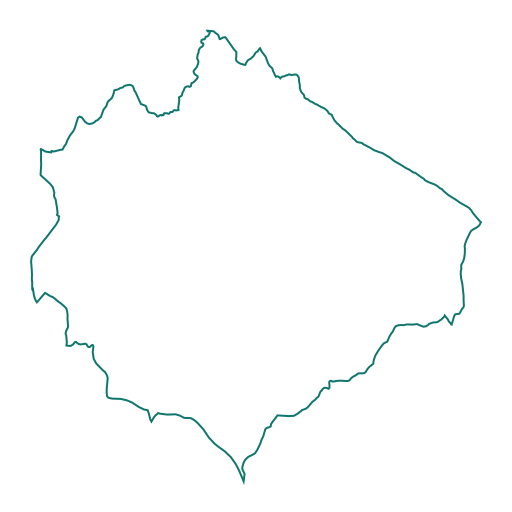 Siachoque, Boyacá, Colombia (Equal Earth projection)
{"feature_id": "7082276B99091285549459", "entity_name": "Siachoque", "entity_type": "district", "adm_level": 2, "iso_a3": "COL", "parent_name": "Colombia", "parent_adm1": "Boyacá", "projection": "equal_earth", "projection_center": [-73.22, 5.497], "detail": "fine", "context": "isolated", "style": "outline", "palette": "teal", "viewbox_px": 512, "rotation_deg": 0, "n_neighbors": 0, "source": "geoboundaries", "source_scale": "gbopen_adm2", "svg_char_len": 5891}
<svg xmlns="http://www.w3.org/2000/svg" viewBox="0 0 512 512"><path d="M40.3,148.6L40.8,149.4L41.1,152.5L41.0,160.1L41.2,164.1L40.6,174.7L40.8,175.3L50.1,183.8L52.7,187.0L53.1,188.1L54.3,192.7L54.0,195.5L54.2,196.7L55.6,199.4L56.9,207.2L57.6,212.9L57.0,214.9L59.1,216.4L58.7,217.2L58.8,219.8L56.1,224.6L45.4,238.7L45.0,238.9L38.6,247.2L36.9,249.9L32.3,255.7L31.7,256.8L31.1,261.5L31.8,270.4L32.0,275.7L31.8,278.5L32.2,283.0L32.2,289.1L32.4,289.6L33.0,289.1L33.9,295.3L34.9,298.7L35.9,300.8L36.9,302.3L45.1,292.9L50.6,296.3L52.5,296.9L54.5,298.3L58.5,301.8L60.7,303.2L65.2,307.2L66.4,308.7L67.2,311.7L67.6,315.0L67.5,319.4L68.1,326.1L67.8,327.6L66.0,331.3L65.6,333.7L66.2,335.4L66.8,341.5L66.7,343.4L66.4,345.5L69.0,345.9L70.9,345.8L73.0,344.5L74.9,342.1L76.0,341.9L77.4,343.2L79.2,344.2L80.6,344.4L85.5,343.7L86.7,344.5L87.0,345.3L88.1,346.8L88.8,347.0L89.5,347.1L90.2,346.7L91.7,345.2L92.5,345.0L92.9,345.2L93.2,345.7L93.4,346.5L92.7,352.1L93.7,358.9L96.3,363.6L103.0,370.4L104.9,371.9L106.1,373.7L107.1,375.8L107.7,378.1L106.7,388.9L106.7,393.1L107.0,396.1L108.3,397.7L112.0,398.6L120.6,398.9L126.5,400.2L131.9,402.4L138.9,407.0L144.0,409.5L147.7,410.2L148.8,413.5L150.3,419.5L151.4,421.6L154.2,416.9L155.6,415.3L157.5,413.8L158.0,413.1L160.2,413.7L167.5,414.6L175.6,414.3L179.9,415.6L183.6,417.6L184.6,417.9L190.1,418.0L191.1,418.3L192.9,419.3L195.2,420.8L197.7,423.1L203.1,429.0L208.9,437.6L214.6,443.7L218.6,446.9L225.1,451.6L230.9,457.2L235.6,463.8L239.1,470.6L243.6,481.3L244.6,474.0L242.4,469.2L242.3,467.3L243.5,463.0L245.2,459.7L248.5,456.7L252.0,455.1L255.0,453.3L257.3,449.8L260.2,443.9L261.3,440.4L263.3,436.1L265.3,429.3L266.3,428.2L267.8,427.5L269.3,427.3L270.7,426.4L271.0,424.3L272.0,422.6L277.5,415.4L288.9,416.1L294.0,415.8L298.4,413.2L299.7,411.9L300.9,411.4L301.7,410.3L306.0,408.6L307.6,407.4L312.6,401.6L313.6,401.0L315.6,399.3L316.4,398.2L318.4,396.7L320.5,391.5L321.8,390.5L322.6,388.9L324.3,387.9L326.3,387.8L328.6,388.8L329.4,387.9L329.5,384.9L329.2,382.8L329.4,381.7L330.1,380.9L331.3,380.9L332.5,381.6L334.5,381.4L336.5,380.9L341.1,380.7L347.6,381.1L349.1,380.5L350.2,379.5L351.1,378.2L353.5,376.4L354.9,375.8L358.4,373.4L364.1,373.2L365.6,372.1L367.8,368.6L369.2,367.0L373.2,363.8L373.7,360.4L375.1,356.1L375.9,354.6L378.5,350.4L381.8,345.7L383.9,343.3L387.2,341.7L388.4,339.1L389.3,336.8L391.0,333.9L392.7,331.7L394.5,327.9L396.0,326.0L398.4,325.3L401.6,325.0L403.4,325.2L407.1,324.4L412.7,324.6L417.1,324.1L419.7,325.3L423.5,326.7L426.0,326.3L427.8,325.2L428.9,323.9L433.4,322.4L435.6,322.4L437.6,322.0L441.3,319.5L444.3,316.5L444.7,315.5L448.1,319.8L448.8,321.5L449.9,322.4L451.3,324.5L451.7,324.6L451.9,323.2L452.4,322.2L454.0,316.5L454.7,315.1L455.5,314.2L459.1,313.8L459.9,313.0L461.8,309.2L463.5,307.2L463.9,305.8L463.6,300.5L463.6,295.8L462.3,283.6L461.1,278.0L460.7,273.8L460.9,270.7L461.3,269.1L461.2,265.5L461.4,264.6L463.2,261.3L464.2,258.1L464.6,255.1L464.8,253.7L464.9,248.4L464.6,246.2L465.3,243.3L466.7,239.6L470.1,232.5L471.1,230.9L473.6,229.1L476.4,227.7L478.5,226.1L479.8,224.6L480.9,222.1L480.0,221.4L477.0,218.0L472.7,212.7L471.3,210.4L468.8,207.7L460.0,202.7L456.1,199.9L448.7,195.3L444.4,191.8L442.4,189.8L442.0,189.1L440.0,188.3L437.2,185.9L434.7,184.5L428.7,182.2L425.2,180.4L423.7,178.7L421.4,177.3L415.2,172.8L413.2,172.4L409.5,169.8L406.0,168.1L399.5,164.0L394.3,161.1L389.7,157.5L382.2,153.0L379.7,152.3L374.3,150.3L370.4,147.9L363.0,144.0L362.4,143.3L360.9,142.7L358.6,142.4L356.7,141.8L354.9,139.8L352.8,138.2L352.1,137.0L345.2,130.3L342.8,128.8L337.9,123.9L336.7,123.1L335.9,121.9L334.5,120.4L332.4,116.5L331.9,114.9L328.9,113.4L327.5,111.1L326.3,109.9L324.7,108.6L321.0,106.9L316.8,104.5L314.9,103.8L311.8,101.7L310.4,101.5L307.7,99.2L305.8,98.6L304.5,97.6L304.1,95.4L303.9,94.9L301.4,92.2L300.6,90.6L299.8,87.5L299.8,84.8L299.2,82.2L298.8,77.8L298.5,76.9L296.8,74.7L294.6,74.5L291.4,75.1L289.8,74.4L288.6,74.5L287.6,75.2L286.6,75.2L284.0,76.4L282.2,76.6L281.1,77.4L280.3,78.4L279.0,77.0L277.8,76.4L276.9,76.3L276.0,76.8L274.8,74.9L273.8,72.4L273.2,71.4L272.3,68.4L269.3,65.5L268.7,64.5L267.8,62.7L265.7,56.8L261.7,51.6L260.1,48.2L259.7,48.4L257.7,51.3L255.7,52.6L253.5,56.1L250.4,58.9L248.5,59.8L247.7,60.6L245.9,63.2L245.8,63.9L245.3,64.9L244.2,64.8L240.1,63.5L237.4,61.9L236.4,60.8L236.1,60.0L236.4,52.1L233.9,49.3L225.4,37.2L223.1,37.5L220.4,39.0L219.7,39.1L218.2,34.9L215.5,33.0L214.4,31.9L213.2,31.2L207.4,30.7L207.8,31.4L209.2,31.6L209.7,32.0L209.8,32.7L209.6,33.4L208.0,36.0L207.3,36.5L205.9,36.7L205.5,37.2L205.1,38.6L204.5,39.3L202.9,39.4L201.5,40.2L201.2,41.9L201.4,42.5L201.6,42.9L203.1,43.4L203.4,44.5L202.6,46.3L200.3,47.7L199.2,49.3L198.7,50.6L198.6,52.3L197.6,54.9L197.1,58.4L198.2,60.7L198.4,62.2L198.2,63.3L196.9,67.0L193.8,70.6L193.6,71.5L193.9,72.8L194.3,73.5L195.2,74.6L197.6,76.2L197.7,77.3L197.2,78.5L194.2,81.7L193.2,82.5L191.5,83.2L190.9,86.1L190.1,86.7L189.2,86.8L188.7,86.4L187.8,86.3L186.6,86.5L184.7,87.8L183.5,90.9L182.5,92.6L182.0,95.0L181.4,96.0L179.1,97.2L178.9,97.7L179.3,100.1L178.2,108.0L178.5,110.1L176.4,110.4L174.5,110.2L173.6,110.5L172.5,112.0L170.5,112.0L169.1,113.6L168.3,113.8L167.2,113.3L164.3,113.2L163.8,113.9L163.7,114.7L163.4,115.1L162.3,114.9L161.7,115.5L160.5,115.0L159.9,115.2L158.5,116.3L157.3,116.5L156.9,116.2L156.4,115.0L154.1,113.3L152.3,113.2L148.7,112.3L147.4,110.5L146.8,109.2L146.3,106.7L146.0,106.3L144.6,105.4L140.9,104.0L135.8,92.7L134.3,90.3L133.3,87.1L132.6,86.0L130.9,85.1L129.3,84.8L126.1,85.4L124.2,86.1L122.8,87.4L120.2,88.1L118.1,89.4L114.4,90.2L113.3,94.6L112.0,97.7L111.2,98.7L108.1,101.4L107.6,102.3L106.3,106.2L103.5,109.7L100.8,117.2L99.6,118.0L97.6,120.2L96.0,120.7L94.6,122.1L92.2,123.5L89.0,124.0L86.9,123.2L85.0,121.7L81.7,117.3L79.5,116.6L78.0,117.7L74.7,128.4L73.2,131.3L70.0,135.4L67.3,140.4L65.9,144.2L64.2,146.4L62.5,149.6L61.0,149.7L53.9,151.5L51.6,151.0L51.3,152.4L45.5,151.6L40.3,148.6Z" fill="none" stroke="#0f766e" stroke-width="2"/></svg>